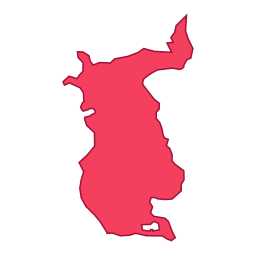 outline of Bekabad, Tashkent, Uzbekistan
{"feature_id": "79887680B93724335665185", "entity_name": "Bekabad", "entity_type": "district", "adm_level": 2, "iso_a3": "UZB", "parent_name": "Uzbekistan", "parent_adm1": "Tashkent", "projection": "robinson", "projection_center": [69.201, 40.442], "detail": "fine", "context": "isolated", "style": "filled", "palette": "rose", "viewbox_px": 256, "rotation_deg": 0, "n_neighbors": 0, "source": "geoboundaries", "source_scale": "gbopen_adm2", "svg_char_len": 1588}
<svg xmlns="http://www.w3.org/2000/svg" viewBox="0 0 256 256"><path d="M107.0,233.4L112.1,233.0L120.6,235.8L129.5,235.2L135.7,233.3L146.3,235.7L162.3,235.9L166.8,238.8L171.4,240.6L175.3,237.6L172.4,232.1L168.4,221.5L165.1,218.3L153.9,216.3L150.6,213.1L152.5,206.7L149.7,202.3L151.1,197.7L154.2,197.4L158.0,198.9L165.4,199.5L172.1,199.0L181.2,190.9L181.3,184.1L184.0,179.9L183.8,170.8L175.3,164.5L172.0,160.8L172.1,154.5L169.7,148.4L166.4,145.7L168.3,139.3L164.5,137.9L163.1,135.1L161.9,128.4L159.6,122.3L156.2,118.5L156.3,112.2L159.1,109.2L159.4,103.4L154.0,99.1L143.2,85.2L142.6,82.7L143.4,79.6L144.9,77.8L151.4,73.2L157.5,69.9L172.3,68.1L179.3,69.4L181.8,68.8L183.9,66.8L183.7,65.4L186.9,59.8L190.8,58.1L192.9,48.5L188.3,39.3L185.5,30.8L186.5,15.4L176.1,25.7L174.7,32.4L170.9,37.4L173.1,42.3L167.0,43.0L171.6,52.3L154.3,51.4L143.8,48.5L138.0,52.5L128.1,56.3L114.7,58.9L110.4,63.0L99.8,62.5L93.0,65.0L90.2,61.0L88.9,55.7L83.0,52.0L77.4,51.8L78.1,57.6L83.0,62.6L83.0,71.2L79.3,75.2L77.0,78.6L69.0,76.2L63.1,81.7L64.4,85.1L69.6,83.0L75.6,85.7L80.1,87.8L83.4,92.8L83.9,101.4L82.4,102.9L80.7,107.0L81.4,109.3L83.1,111.1L86.5,110.2L87.3,110.0L90.6,108.4L92.6,108.5L94.6,109.8L95.3,112.1L94.4,113.4L91.2,114.9L90.0,116.0L85.0,117.2L84.5,118.9L86.7,125.5L94.4,132.6L94.7,146.0L87.1,155.2L79.1,162.5L83.7,171.8L81.3,179.3L79.8,188.3L81.3,198.0L85.9,206.4L94.6,214.9L100.3,221.9L106.9,232.3L107.0,233.4ZM158.5,223.4L159.4,229.9L152.7,231.0L152.7,229.6L150.5,229.5L150.1,231.1L142.5,230.1L141.6,224.7L150.5,224.4L153.8,221.3L158.5,223.4Z" fill="#f43f5e" stroke="#9f1239" stroke-width="1.5"/></svg>